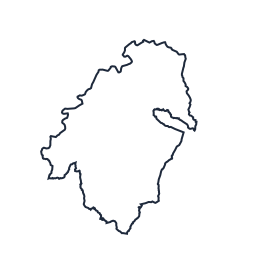 Agrado, Huila, Colombia, rotated 212°
{"feature_id": "7082276B63113141901274", "entity_name": "Agrado", "entity_type": "district", "adm_level": 2, "iso_a3": "COL", "parent_name": "Colombia", "parent_adm1": "Huila", "projection": "natural_earth1", "projection_center": [-75.707, 2.263], "detail": "fine", "context": "isolated", "style": "outline", "palette": "slate", "viewbox_px": 256, "rotation_deg": 212, "n_neighbors": 0, "source": "geoboundaries", "source_scale": "gbopen_adm2", "svg_char_len": 5749}
<svg xmlns="http://www.w3.org/2000/svg" viewBox="0 0 256 256"><g transform="rotate(212 128 128)"><path d="M168.6,43.1L168.1,43.8L166.4,44.5L165.5,45.6L164.7,45.4L164.2,46.2L162.8,46.9L161.7,48.4L160.4,48.8L159.5,48.4L159.0,49.0L158.8,49.7L157.6,50.2L156.4,51.6L156.0,52.4L156.0,53.2L156.8,54.4L156.1,56.2L156.1,56.9L155.8,57.5L155.9,58.3L155.6,58.6L155.6,59.1L156.0,60.3L156.0,61.9L156.4,62.2L156.8,63.1L157.2,66.5L157.0,67.0L156.1,67.7L155.8,69.0L154.8,69.9L154.1,70.9L153.5,69.2L152.6,68.5L152.2,67.6L150.7,66.3L151.0,64.8L150.0,63.5L149.5,63.8L148.8,63.8L147.4,64.8L146.6,66.1L146.4,66.1L144.3,63.6L143.8,63.7L142.9,61.5L142.2,60.4L140.1,58.4L138.8,56.7L138.1,56.4L138.0,55.8L138.5,55.3L138.5,54.7L137.5,53.9L137.2,52.8L136.2,52.0L135.0,51.8L134.4,51.0L133.7,51.2L133.4,50.8L132.9,50.7L131.8,49.2L131.0,48.9L130.4,48.2L129.8,48.0L128.7,46.8L128.1,45.2L126.2,43.2L125.2,40.0L124.0,39.2L122.1,38.5L119.4,39.1L118.0,38.8L117.4,39.3L116.4,39.0L116.4,39.5L116.1,40.5L115.5,41.2L115.1,41.3L115.4,41.8L115.3,42.3L113.8,42.4L113.5,42.3L113.4,41.7L113.1,41.5L112.4,41.5L111.3,41.1L111.0,41.3L109.7,41.3L108.9,40.5L106.7,40.7L106.0,39.9L105.1,40.0L104.3,39.3L103.4,37.5L103.0,37.2L103.0,36.9L103.5,36.6L103.3,36.2L102.4,36.7L101.3,36.4L100.6,36.7L100.6,37.1L101.2,37.5L101.4,38.2L101.2,38.2L100.9,37.6L100.1,37.8L98.5,37.3L98.0,37.4L97.5,37.1L97.1,37.4L96.8,37.4L96.2,37.1L95.8,36.1L93.1,39.0L92.8,39.9L91.5,41.5L89.7,42.0L87.7,41.2L87.1,40.6L86.6,39.5L84.8,37.7L84.6,36.7L84.2,36.3L81.1,35.8L80.1,36.1L77.4,35.6L76.6,36.2L72.8,37.8L73.4,38.9L73.4,40.0L73.2,41.0L72.8,41.2L73.0,42.0L72.8,44.4L73.6,45.3L73.9,48.9L73.3,49.7L73.9,50.6L73.2,52.2L73.2,54.3L72.5,55.5L72.5,56.1L72.0,57.0L71.8,59.1L72.7,61.0L73.1,61.4L73.1,62.3L73.3,62.8L74.0,62.9L74.4,63.6L75.1,64.1L75.3,65.5L76.9,66.4L76.7,66.9L75.2,67.2L75.1,68.0L75.2,69.6L76.7,70.1L73.3,73.5L71.3,76.2L69.0,77.4L68.4,78.6L65.5,78.9L65.0,79.1L64.3,80.4L63.3,82.6L64.0,83.2L65.4,85.6L66.1,85.8L66.5,86.5L66.5,87.9L66.9,89.1L67.8,90.0L68.3,91.0L69.1,91.5L69.5,92.5L70.3,93.1L70.8,94.4L71.8,95.8L72.1,96.1L72.8,96.1L73.1,96.4L73.3,97.5L74.7,100.8L75.6,105.0L76.9,108.7L77.3,110.8L76.8,111.3L76.8,112.3L76.6,112.8L77.2,116.7L77.7,117.5L77.7,118.1L77.2,119.8L76.8,120.2L76.1,122.7L75.4,123.8L75.0,124.9L74.5,125.1L74.5,125.4L74.6,125.9L75.3,126.3L75.6,127.1L76.1,127.4L76.1,128.3L75.8,128.8L76.3,130.4L76.4,134.4L76.8,138.1L75.5,140.7L75.8,145.2L76.6,147.0L78.5,153.8L87.5,152.1L92.3,151.6L93.5,150.6L94.2,150.5L95.3,150.8L96.8,149.9L97.6,149.7L98.9,149.8L99.4,150.2L99.9,150.2L100.5,150.0L101.5,150.2L102.8,149.8L108.8,151.0L110.1,152.5L111.0,151.9L112.1,152.5L113.1,152.5L114.3,154.6L115.5,155.9L115.3,156.4L115.6,157.1L115.3,158.0L114.3,158.4L113.7,159.5L113.1,159.3L112.8,160.2L112.2,160.0L111.9,160.3L111.5,159.8L110.6,160.0L110.5,160.4L109.8,160.6L109.4,161.0L108.6,160.9L108.1,162.5L106.8,162.0L105.7,162.0L104.7,162.7L104.4,164.0L103.5,164.3L103.3,164.3L102.7,163.5L102.2,163.5L101.9,162.9L100.6,163.0L99.4,162.1L98.7,162.2L98.4,161.9L98.4,161.5L97.5,160.4L96.4,160.3L95.1,160.6L94.6,160.5L93.9,161.2L92.1,161.9L91.9,162.3L91.5,162.3L91.2,162.6L90.8,162.4L90.4,162.5L90.0,163.1L89.3,162.5L88.4,162.6L87.9,162.4L86.8,162.7L85.4,162.5L79.8,162.4L78.5,161.7L77.5,160.7L77.3,160.2L75.5,160.0L74.7,160.3L72.9,162.1L71.9,162.1L71.0,161.2L70.2,161.1L70.3,162.4L71.9,165.3L72.0,167.0L73.0,169.1L73.2,168.8L73.9,169.0L74.9,170.5L76.5,169.9L77.2,170.0L78.2,171.0L78.4,171.6L81.1,171.9L82.2,171.4L83.6,171.9L84.2,173.3L84.1,173.9L85.0,174.3L86.6,175.7L86.9,178.6L87.5,181.0L89.0,181.6L88.9,183.1L89.3,184.5L90.0,185.4L91.5,186.5L93.7,187.7L96.5,188.7L97.8,190.2L97.4,192.3L97.5,192.8L98.0,193.5L99.6,194.1L101.4,194.1L102.2,195.5L104.0,196.6L105.9,197.3L107.3,199.6L108.7,200.0L109.9,201.3L110.3,201.4L111.0,202.5L113.1,208.9L113.1,209.5L114.9,213.5L115.7,217.3L116.6,218.1L118.1,219.9L118.4,219.8L119.7,220.4L123.5,217.4L124.3,217.4L127.1,218.5L131.7,217.8L132.6,217.9L133.1,218.5L134.2,218.8L135.9,218.1L137.5,217.8L139.2,218.4L140.7,219.3L141.9,220.4L142.7,219.9L144.4,217.9L147.0,214.2L147.8,213.6L150.2,213.9L151.2,214.9L152.3,215.5L153.7,214.3L155.1,211.8L161.1,211.2L161.5,210.0L160.8,209.2L161.7,207.6L163.8,203.2L164.7,202.8L165.6,202.8L166.7,203.3L167.4,204.4L168.0,205.0L168.5,205.0L170.3,202.8L170.6,201.2L171.2,200.1L173.0,194.7L172.9,194.1L171.7,192.2L171.3,190.0L171.4,187.6L171.2,187.2L169.0,186.5L167.9,187.2L167.0,188.9L165.8,189.1L162.2,187.9L160.6,187.1L159.8,186.3L159.8,185.3L160.5,183.4L161.2,182.7L162.2,181.1L165.5,177.5L165.7,177.0L165.4,175.0L164.2,172.3L164.2,171.7L165.0,170.4L165.7,170.1L171.1,173.1L171.9,173.1L174.2,171.9L175.0,170.8L174.7,170.2L174.7,169.5L175.1,166.2L175.7,165.6L180.4,164.1L183.1,162.3L183.4,161.4L182.8,159.9L182.9,156.5L181.8,148.7L181.7,146.1L180.5,142.3L181.0,141.1L182.1,139.9L182.7,138.0L182.9,136.0L182.4,134.1L182.5,133.5L184.1,131.2L184.9,130.6L186.1,130.2L187.4,127.9L187.0,127.2L186.1,126.8L184.7,126.7L182.5,127.2L181.5,126.6L179.5,124.5L181.2,121.5L183.2,117.0L184.1,116.1L189.4,112.2L191.6,111.1L192.4,109.1L192.7,107.7L192.3,106.3L191.3,105.7L189.9,106.0L186.9,108.5L186.1,107.8L185.6,106.7L185.0,104.4L186.3,102.7L187.3,100.6L187.5,99.5L186.9,98.0L186.1,97.5L184.7,97.5L183.3,97.0L182.0,95.8L180.9,94.2L180.7,93.0L182.9,87.7L182.9,85.9L183.9,84.3L184.4,82.1L189.1,80.3L189.2,79.5L187.7,77.9L186.9,75.8L184.7,72.2L184.3,69.8L184.9,68.6L186.4,67.4L188.9,66.7L189.5,65.6L189.7,64.8L189.4,64.0L189.2,63.0L189.3,62.5L189.1,61.9L187.2,59.9L186.6,59.6L185.7,59.6L185.2,58.4L184.0,57.2L183.1,57.2L182.4,57.7L181.2,58.0L180.6,58.7L179.7,59.0L178.6,58.5L177.6,58.6L177.0,57.9L175.8,57.5L174.0,55.7L171.9,55.8L170.2,52.5L169.9,50.6L169.1,49.3L169.2,48.7L169.6,48.0L169.4,46.8L169.7,46.4L168.6,43.1Z" fill="none" stroke="#1e293b" stroke-width="2"/></g></svg>